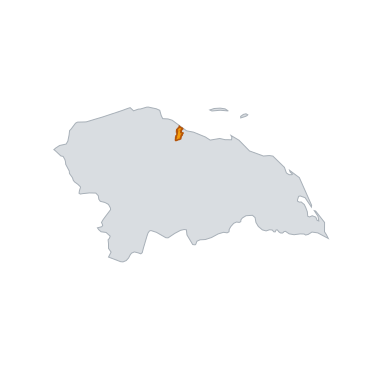 San Francisco, Atlántida, Honduras (highlighted), rotated 24°
{"feature_id": "27666195B12880656557631", "entity_name": "San Francisco", "entity_type": "district", "adm_level": 2, "iso_a3": "HND", "parent_name": "Honduras", "parent_adm1": "Atlántida", "projection": "robinson", "projection_center": [-87.027, 15.648], "detail": "fine", "context": "in_parent", "style": "filled", "palette": "amber", "viewbox_px": 384, "rotation_deg": 24, "n_neighbors": 0, "source": "geoboundaries", "source_scale": "gbopen_adm2", "svg_char_len": 5116}
<svg xmlns="http://www.w3.org/2000/svg" viewBox="0 0 384 384"><g transform="rotate(24 192 192)"><path d="M335.4,179.0L323.5,178.2L317.9,179.8L315.4,183.5L313.3,185.1L311.6,184.8L308.0,186.2L302.6,189.5L297.8,190.7L293.4,189.9L292.2,190.7L291.9,191.8L291.2,192.8L289.5,193.4L287.6,193.1L285.4,191.9L284.3,192.4L284.2,194.6L283.0,195.1L280.8,194.1L278.3,194.9L275.5,197.4L271.7,198.0L266.6,196.5L262.8,193.8L260.0,189.7L256.7,188.7L251.0,191.7L248.6,195.2L248.0,197.4L248.6,199.3L247.5,200.6L244.9,201.3L242.8,203.7L241.5,207.8L241.2,211.1L242.0,213.3L240.7,215.0L237.2,216.0L233.0,219.6L228.3,225.7L223.5,230.0L218.8,232.4L216.5,235.0L216.7,238.0L216.4,238.9L215.5,239.3L214.0,239.7L204.9,233.3L202.2,228.8L200.0,229.5L197.1,231.7L193.1,236.8L188.8,243.6L186.7,244.4L175.9,243.3L170.2,243.9L169.0,244.9L168.5,247.4L168.8,250.7L170.4,262.8L171.2,267.7L170.4,269.3L167.5,269.5L163.7,270.2L161.6,272.5L161.1,274.8L160.9,278.1L159.8,281.4L157.4,283.9L155.1,284.7L142.2,285.4L142.5,279.8L138.7,277.5L136.6,272.9L134.8,269.8L135.4,267.9L135.2,265.6L130.0,263.9L125.1,265.3L122.2,264.4L120.2,263.2L123.7,260.4L124.0,258.8L122.8,257.5L121.7,256.7L122.0,253.6L122.8,249.9L124.8,241.3L124.0,239.8L120.7,237.3L116.6,237.0L112.0,237.8L109.8,236.5L107.9,233.5L104.6,232.1L98.8,234.5L92.7,238.0L90.8,239.3L89.3,239.1L88.6,236.5L88.3,233.3L87.9,232.6L84.6,231.4L80.8,230.6L78.9,229.7L77.0,227.6L72.5,224.9L71.4,222.8L65.4,218.1L64.1,215.8L62.7,214.1L59.8,211.9L57.5,212.4L49.8,209.7L48.6,209.5L49.7,207.1L52.1,203.4L57.5,199.4L57.9,196.1L56.5,189.8L55.2,185.7L55.9,183.9L57.6,176.5L58.9,174.8L66.6,171.1L67.3,170.6L73.3,165.4L80.1,159.6L87.1,153.2L94.9,146.1L99.2,141.9L101.2,140.1L105.6,141.6L109.2,138.2L111.2,137.1L116.0,133.0L117.5,132.2L125.5,130.5L129.3,130.5L132.7,134.6L135.4,136.9L140.4,135.0L144.7,134.5L162.1,138.3L169.1,136.7L181.8,136.3L187.5,137.2L195.6,131.8L200.8,130.8L206.9,128.2L206.1,125.7L204.6,124.5L213.9,125.6L227.8,131.1L242.6,130.1L247.9,127.2L251.3,126.3L266.4,131.9L270.5,136.2L273.6,136.7L276.0,135.7L276.6,134.8L273.6,133.9L272.3,132.5L284.2,135.2L306.7,155.5L307.2,157.2L297.6,151.2L292.5,151.6L291.2,152.6L291.5,155.9L292.0,157.4L294.2,157.6L295.8,156.7L299.7,157.8L302.3,160.0L305.5,163.3L307.5,167.0L309.5,167.0L311.5,164.8L315.3,164.6L317.8,167.0L319.6,166.9L317.1,163.1L311.3,159.3L312.7,159.1L325.5,165.9L329.2,174.4L332.2,176.4L335.4,179.0ZM184.6,105.8L177.2,109.9L174.9,109.8L178.3,106.7L183.7,103.9L188.4,102.6L192.2,103.2L184.6,105.8ZM209.9,101.4L206.4,104.5L205.7,103.1L207.4,100.2L209.5,98.6L211.6,98.8L211.1,100.0L209.9,101.4Z" fill="#d9dde1" stroke="#a8b0b8" stroke-width="1"/><path d="M156.0,151.6L156.3,151.5L156.5,151.5L156.6,151.3L156.6,151.2L156.8,151.1L157.0,150.9L157.4,150.7L157.5,150.6L157.8,150.1L158.0,149.9L158.2,149.6L158.3,149.5L158.4,149.4L158.6,149.3L158.6,149.5L158.8,149.4L159.1,149.1L159.4,148.7L159.5,148.5L159.6,148.4L159.8,148.3L160.0,148.2L160.0,147.9L160.0,147.7L159.9,147.6L159.9,147.4L159.7,147.2L159.4,147.0L159.4,146.9L159.5,146.7L159.6,146.4L159.7,146.2L159.4,146.0L159.4,145.9L159.5,145.8L159.5,145.7L159.4,145.5L159.3,145.4L159.4,145.2L159.5,145.1L159.6,144.9L159.4,144.8L159.2,144.8L159.2,144.7L159.3,144.7L159.5,144.5L159.6,144.4L159.6,144.2L159.8,144.0L159.7,143.9L159.7,143.7L159.4,143.7L159.5,143.5L159.6,143.4L159.6,143.2L159.7,142.9L159.6,142.7L159.8,142.5L159.9,142.3L159.9,142.1L159.9,141.9L159.8,141.7L159.7,141.7L159.4,141.8L159.2,142.0L158.9,142.0L158.7,142.0L158.4,142.1L158.2,142.1L157.9,142.0L157.7,142.1L157.7,141.9L157.6,141.7L157.4,141.6L157.4,141.4L157.4,141.2L157.5,141.1L157.4,141.0L157.2,141.0L157.2,140.8L157.2,140.6L157.3,140.5L157.3,140.4L157.2,140.4L157.3,140.3L157.2,140.1L157.3,140.1L157.3,139.9L157.2,139.9L157.2,139.7L157.0,139.4L156.9,139.3L156.9,139.2L157.0,139.1L157.1,138.9L157.3,138.8L157.3,138.7L157.8,138.4L157.9,138.2L157.7,137.9L157.4,137.9L157.0,137.6L156.9,137.6L156.6,137.7L156.3,137.7L156.2,137.7L155.9,137.7L155.7,137.7L155.1,137.5L154.3,137.3L154.1,137.3L153.9,137.2L153.6,137.1L153.6,137.3L153.8,137.4L154.0,137.5L154.3,137.7L154.5,137.7L154.6,137.8L154.4,137.9L154.3,138.0L154.2,138.0L153.3,139.4L153.4,139.5L153.4,139.8L153.3,140.0L153.2,140.2L153.2,140.4L153.1,140.5L153.1,140.8L153.0,141.0L152.8,141.1L153.0,141.3L153.1,141.5L152.9,141.9L152.9,142.0L153.0,142.3L153.1,142.2L153.3,142.2L153.5,142.2L153.5,142.3L153.6,142.5L153.6,142.8L153.8,142.8L153.8,142.7L154.0,142.6L154.0,142.8L154.0,143.0L154.2,143.3L154.3,143.3L154.3,143.5L154.3,143.8L154.4,144.0L154.5,144.1L154.5,144.3L154.5,144.5L154.4,144.5L154.5,144.6L154.7,144.8L154.6,145.0L154.7,145.3L154.8,145.4L154.9,145.5L154.9,145.8L155.0,145.9L155.0,146.1L155.0,146.3L154.9,146.7L154.8,147.0L154.7,147.1L154.8,147.2L154.8,147.3L154.8,147.5L154.7,147.6L154.8,147.8L155.0,147.9L155.2,148.0L154.9,148.3L155.0,148.4L155.2,148.2L155.3,148.2L155.3,148.4L155.3,148.5L155.2,148.5L155.1,148.8L155.0,149.0L155.3,149.2L155.3,149.3L155.4,149.5L155.5,149.5L155.5,149.8L155.4,149.9L155.3,150.0L155.4,150.3L155.5,150.4L155.5,150.5L155.8,150.6L156.0,151.0L155.9,151.1L155.8,151.3L155.9,151.5L156.0,151.6Z" fill="#f59e0b" stroke="#b45309" stroke-width="1.5"/></g></svg>